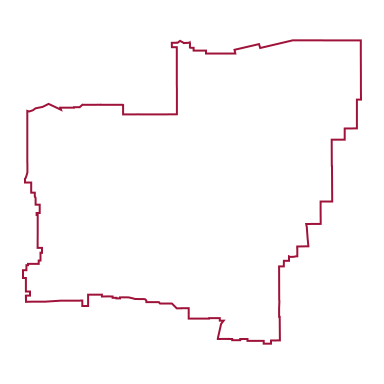 Bruce Rock, Western Australia, Australia
{"feature_id": "25037944B90464299025642", "entity_name": "Bruce Rock", "entity_type": "district", "adm_level": 2, "iso_a3": "AUS", "parent_name": "Australia", "parent_adm1": "Western Australia", "projection": "mercator", "projection_center": [117.956, -31.966], "detail": "fine", "context": "isolated", "style": "outline", "palette": "rose", "viewbox_px": 384, "rotation_deg": 0, "n_neighbors": 0, "source": "geoboundaries", "source_scale": "gbopen_adm2", "svg_char_len": 5116}
<svg xmlns="http://www.w3.org/2000/svg" viewBox="0 0 384 384"><path d="M27.3,110.9L27.3,111.8L27.3,114.3L27.3,116.1L27.3,120.2L27.3,123.4L27.3,124.9L27.3,127.0L27.3,131.0L27.3,132.1L27.3,136.9L27.3,138.7L27.3,145.5L27.3,150.1L27.3,150.9L27.3,151.9L27.3,153.3L27.3,155.1L27.3,156.3L27.3,159.4L27.3,162.5L27.4,163.5L27.4,168.5L27.4,170.1L27.4,170.6L27.4,171.3L27.4,171.8L27.4,172.0L27.4,172.3L27.4,172.6L27.3,172.8L27.2,173.1L27.0,173.9L26.4,175.9L25.9,177.3L25.8,177.7L25.8,177.8L25.7,177.9L25.6,178.0L25.3,178.4L25.0,178.7L25.0,182.4L25.0,182.5L26.1,182.5L29.4,182.5L31.2,182.5L31.2,183.7L31.2,185.1L31.2,185.3L31.2,186.0L31.2,186.3L31.2,186.5L31.2,186.8L31.2,187.3L31.2,192.7L34.7,192.7L34.8,192.7L34.8,193.1L34.8,195.4L34.8,196.5L34.9,196.9L35.0,197.0L35.3,197.2L35.4,197.3L35.5,197.5L35.6,198.8L35.6,199.9L35.6,200.6L35.6,201.6L35.6,202.7L35.6,204.7L39.7,204.7L39.7,212.9L39.7,213.0L36.6,213.0L36.6,215.0L37.7,215.0L37.7,232.1L37.6,247.9L42.0,247.9L42.0,252.8L40.5,252.7L40.5,260.5L38.7,260.5L38.7,263.9L35.4,263.9L28.0,263.9L28.0,265.2L26.4,265.2L26.4,270.2L23.0,270.2L23.0,278.0L25.9,278.0L25.9,284.6L25.9,287.4L25.9,291.5L28.5,291.5L30.0,291.5L30.0,295.6L25.9,295.6L25.9,297.6L26.0,297.6L26.0,301.8L31.2,301.7L42.7,301.7L44.6,301.7L60.2,300.7L79.2,300.7L79.7,300.7L80.7,300.5L82.3,300.5L82.3,302.5L82.3,306.0L88.1,306.0L88.1,294.7L101.9,294.7L101.9,296.5L108.9,296.4L112.6,296.5L112.6,297.8L116.4,297.8L116.4,298.4L120.0,298.4L120.0,297.4L124.3,297.3L128.8,297.4L132.6,298.3L133.3,298.5L133.8,298.6L134.1,298.7L134.5,298.8L135.0,299.0L144.1,299.1L144.4,299.1L144.6,299.2L144.9,299.2L145.1,299.3L145.4,299.5L145.5,299.6L145.8,299.9L145.9,300.1L146.2,300.4L146.2,300.5L146.3,300.6L146.3,300.8L146.3,301.0L146.4,301.3L146.4,301.6L146.4,302.1L158.6,302.1L158.8,302.1L159.0,302.2L159.1,302.3L159.2,302.5L159.3,302.6L159.4,302.8L159.5,303.0L159.7,303.3L159.8,303.4L160.0,303.5L171.6,303.5L171.8,303.5L172.1,303.7L172.9,304.5L175.3,306.9L176.7,308.3L181.3,308.3L181.3,308.2L188.7,308.2L188.7,318.6L209.1,318.6L209.1,318.1L219.8,318.1L219.8,320.7L223.6,320.7L221.1,323.9L217.8,338.5L217.8,339.0L228.3,338.9L228.3,339.0L232.2,339.0L232.2,340.2L240.2,340.2L240.2,339.0L247.5,339.0L247.5,340.9L249.0,340.9L263.7,340.9L263.7,343.7L271.0,343.7L271.0,340.5L279.9,340.4L279.7,316.8L279.1,316.8L279.1,310.6L279.1,308.2L279.4,300.8L279.2,300.2L279.1,266.4L283.8,266.4L283.8,266.2L283.9,260.8L289.0,260.8L289.0,256.4L290.0,256.9L293.9,256.8L295.4,256.4L297.3,256.3L297.3,252.9L297.3,248.3L297.2,248.2L297.2,246.5L308.4,246.3L307.6,238.3L306.8,227.1L306.2,224.0L320.7,223.9L320.7,223.4L320.6,209.9L320.6,208.0L320.6,206.7L320.6,203.4L320.6,203.2L320.6,202.9L320.6,201.5L322.8,201.5L323.3,201.5L324.9,201.5L325.8,201.5L326.8,201.5L330.6,201.5L332.2,201.5L332.0,166.1L331.8,166.0L331.7,139.8L331.7,139.7L331.8,139.7L333.9,139.7L336.1,139.7L338.0,139.7L343.7,139.7L344.7,139.7L344.7,128.5L356.9,128.4L356.9,125.3L356.9,122.3L356.9,117.6L356.9,111.0L356.9,110.0L356.9,107.9L356.9,105.0L356.9,101.5L356.9,99.6L358.5,99.6L361.0,99.6L360.9,87.9L360.9,76.3L360.8,52.3L360.8,40.4L343.4,40.4L326.1,40.4L317.5,40.3L292.9,40.3L260.2,48.0L259.0,44.1L234.5,49.8L235.3,53.5L233.4,53.5L230.3,53.5L224.8,53.5L219.2,53.5L212.5,53.5L209.6,53.5L206.0,53.5L206.0,50.6L193.6,50.6L193.6,47.8L191.5,47.8L190.1,47.7L189.9,47.3L189.9,47.1L189.9,46.8L190.0,44.0L190.0,43.8L190.0,43.6L189.9,43.2L189.8,42.6L189.7,42.7L189.2,42.7L188.9,42.8L188.5,42.7L188.4,42.7L188.3,42.8L188.2,42.8L187.6,42.9L187.4,42.9L187.0,42.9L186.9,42.9L186.6,42.9L186.3,42.9L186.1,43.0L185.8,42.9L185.4,43.0L185.1,43.0L184.7,43.0L184.4,43.0L184.2,43.1L183.9,43.1L183.7,43.1L183.4,42.8L183.4,42.7L183.2,42.6L182.8,42.3L182.5,42.2L182.3,42.1L182.1,42.0L181.9,41.9L181.7,41.8L181.6,41.7L181.3,41.6L181.2,41.5L181.0,41.4L180.9,41.3L180.6,41.2L180.4,41.1L180.2,41.0L180.1,40.9L179.6,41.2L179.5,41.3L179.4,41.4L179.2,41.6L178.8,41.8L178.7,41.9L178.3,42.2L178.2,42.3L177.8,42.6L177.7,42.7L177.4,42.8L177.2,42.8L177.0,42.7L176.5,42.7L176.4,42.8L176.2,42.8L171.8,42.8L171.9,47.2L176.8,47.2L176.8,56.3L176.8,79.4L176.8,79.5L176.8,80.0L176.8,81.0L176.8,83.1L176.8,84.7L176.9,88.5L176.9,89.6L176.9,91.1L176.9,93.7L176.9,95.2L176.9,95.6L176.9,99.7L176.9,100.8L176.9,103.7L176.9,104.5L176.9,107.7L176.9,111.3L176.9,114.3L162.9,114.4L162.6,114.4L158.7,114.4L158.3,114.4L157.0,114.4L155.6,114.4L153.7,114.4L149.5,114.4L145.7,114.4L145.0,114.4L143.5,114.4L142.6,114.4L142.4,114.4L141.3,114.4L139.8,114.4L137.9,114.3L136.2,114.4L134.9,114.4L132.9,114.4L130.6,114.4L127.1,114.4L126.5,114.4L124.7,114.4L123.1,114.4L123.1,114.2L123.1,112.5L123.1,109.9L123.1,109.4L123.1,108.4L123.1,107.5L123.1,106.9L123.1,106.7L123.0,106.4L123.0,106.2L123.1,105.9L123.1,104.9L122.9,104.8L100.3,104.8L100.3,104.7L99.6,104.8L98.0,104.7L96.2,104.8L91.3,104.8L89.6,104.8L85.0,104.8L83.5,104.8L82.8,104.8L82.5,104.7L82.4,104.8L82.2,104.9L81.8,105.3L81.4,105.7L80.9,106.1L80.6,106.3L80.4,106.5L80.1,106.7L80.0,106.8L79.9,106.9L79.8,107.0L79.7,107.2L74.0,107.2L74.0,107.7L60.3,107.7L61.0,109.8L59.4,109.0L48.6,103.9L42.6,106.9L35.6,108.3L32.8,110.3L29.1,111.5L27.3,110.9Z" fill="none" stroke="#9f1239" stroke-width="2"/></svg>